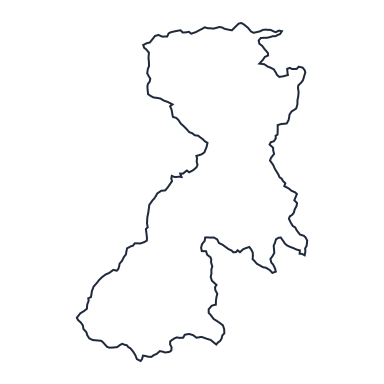 outline of Jacupiranga, São Paulo, Brazil
{"feature_id": "56859067B20022642204757", "entity_name": "Jacupiranga", "entity_type": "district", "adm_level": 2, "iso_a3": "BRA", "parent_name": "Brazil", "parent_adm1": "São Paulo", "projection": "orthographic", "projection_center": [-48.043, -24.779], "detail": "fine", "context": "isolated", "style": "outline", "palette": "slate", "viewbox_px": 384, "rotation_deg": 0, "n_neighbors": 0, "source": "geoboundaries", "source_scale": "gbopen_adm2", "svg_char_len": 4782}
<svg xmlns="http://www.w3.org/2000/svg" viewBox="0 0 384 384"><path d="M87.2,335.1L89.2,338.3L92.6,340.0L101.2,340.8L102.9,342.2L107.1,346.9L109.2,347.6L112.2,347.6L117.2,347.1L119.8,345.1L122.2,343.8L124.4,344.7L126.9,345.3L128.3,347.1L130.5,348.4L133.2,351.7L135.3,355.1L136.9,359.1L140.6,361.0L142.0,359.2L143.0,355.6L145.6,356.0L148.1,356.7L151.4,356.9L153.8,355.1L156.7,353.9L159.8,351.1L162.8,351.7L165.2,352.5L169.4,351.9L171.3,350.5L171.6,347.3L170.1,344.4L170.2,341.4L172.1,339.9L174.2,338.5L176.8,337.4L179.5,337.9L183.2,337.7L184.7,334.8L186.8,334.3L189.2,334.0L193.0,335.1L196.5,337.7L201.5,336.9L204.7,338.0L206.8,338.8L210.6,339.9L213.0,341.9L216.3,344.5L218.0,342.4L220.2,340.9L221.6,338.5L222.3,335.5L224.3,333.3L224.2,329.3L222.9,325.3L219.7,322.9L216.9,321.0L213.7,319.0L210.6,314.9L208.7,312.9L208.7,309.2L211.7,305.8L213.7,305.1L215.8,304.7L216.0,300.2L216.5,296.9L217.3,293.9L215.3,290.0L215.0,287.3L216.5,284.9L211.9,280.7L210.7,276.9L211.4,273.9L211.4,269.2L212.3,266.6L211.0,262.1L211.3,259.5L210.4,257.2L207.2,254.8L206.0,251.2L201.8,251.1L201.1,247.7L202.0,244.2L204.7,240.8L205.2,237.5L207.5,237.4L210.3,237.6L213.8,237.5L217.2,239.4L218.9,243.0L222.3,244.6L224.8,246.4L228.5,249.1L231.7,250.6L233.3,252.3L236.0,252.1L237.6,250.3L240.0,252.2L242.8,249.5L245.3,248.3L249.3,247.0L251.1,249.4L252.7,252.4L252.9,255.9L252.6,259.1L254.4,260.9L256.9,263.8L259.7,265.3L262.9,267.2L265.9,267.7L269.8,270.1L272.4,272.9L275.8,271.6L274.9,268.2L273.1,264.5L271.4,262.7L270.4,259.0L272.4,256.3L274.3,253.0L273.7,245.6L274.9,243.0L276.0,239.3L278.5,237.8L280.7,237.5L283.5,241.4L284.8,243.5L287.0,245.4L289.2,246.5L293.6,248.2L296.4,249.5L299.9,250.4L299.6,253.7L302.0,253.9L304.7,255.3L305.4,251.2L305.1,248.5L306.6,245.9L307.2,240.6L305.6,237.5L303.9,235.8L299.9,234.5L296.7,230.3L295.2,227.4L292.8,226.0L290.9,222.9L288.9,218.8L289.8,216.4L292.2,214.8L293.9,212.6L294.7,209.4L296.6,205.9L297.0,202.9L294.3,200.3L296.9,194.0L295.2,192.4L291.2,190.6L289.2,188.8L287.0,187.5L284.3,186.2L285.3,183.3L283.0,181.0L281.6,178.6L279.6,177.3L278.3,174.4L276.4,171.3L275.0,169.1L273.1,164.8L271.5,162.6L270.0,160.6L270.9,158.0L274.1,153.9L273.2,150.4L273.1,147.7L269.6,144.6L270.8,142.2L273.8,141.3L275.8,138.4L275.6,135.8L277.5,134.6L277.7,130.1L277.7,125.1L281.2,124.0L284.1,123.8L286.8,123.4L288.6,120.0L289.1,117.6L289.5,114.6L291.6,111.4L294.3,109.8L296.2,108.5L297.4,104.4L297.5,99.8L298.2,96.7L298.6,92.3L298.0,87.8L298.3,85.4L301.1,82.7L303.0,80.2L304.0,76.7L305.3,72.5L304.7,70.2L302.6,67.6L298.7,66.7L296.7,68.9L294.4,69.0L292.1,69.0L289.8,67.9L287.2,68.8L287.5,72.8L287.9,75.0L283.4,76.3L279.3,76.9L277.0,74.9L275.8,72.5L273.7,69.3L270.4,67.6L267.7,66.6L264.4,64.3L261.6,63.9L259.4,63.6L262.6,60.2L264.9,56.9L268.1,55.5L267.8,52.8L264.7,49.3L262.2,45.9L259.3,43.7L258.7,40.4L260.8,38.0L264.0,37.8L266.8,37.8L269.7,37.2L272.7,36.2L275.5,36.2L278.0,34.8L280.0,34.1L281.9,31.2L278.9,30.6L275.7,32.2L273.4,31.3L270.6,29.9L268.1,29.9L265.8,29.6L262.9,29.9L259.8,31.4L256.7,32.1L253.6,32.8L251.0,31.5L248.0,27.8L243.8,24.4L241.3,23.0L238.7,23.6L236.1,26.1L231.9,30.3L228.1,29.6L224.3,28.7L221.9,27.4L219.3,27.0L215.9,28.0L213.4,28.6L210.4,28.3L207.6,28.2L204.7,27.3L202.4,28.7L199.4,30.2L195.9,32.1L191.2,33.7L188.9,31.8L185.6,32.4L182.7,32.5L180.6,30.3L178.5,30.6L175.4,31.2L170.9,32.2L168.6,33.4L167.2,36.5L162.1,36.6L158.6,35.0L155.1,35.9L152.8,38.8L149.8,42.5L147.0,43.1L143.2,45.0L144.1,47.7L146.2,49.4L148.9,52.6L148.7,55.3L148.5,58.2L148.9,61.7L149.0,66.0L147.8,69.3L147.2,73.2L148.6,76.0L150.3,78.7L149.6,81.8L147.9,83.9L147.4,86.4L147.6,89.6L148.1,94.2L150.4,95.8L153.6,97.5L157.2,97.9L160.6,98.6L163.4,100.4L167.6,101.9L172.5,104.4L170.1,106.2L171.6,109.8L172.3,113.9L172.9,116.9L176.2,117.9L178.3,119.8L180.8,123.6L183.6,126.1L186.5,129.0L189.3,132.2L192.2,133.2L194.8,135.3L198.2,135.7L200.0,137.2L202.7,139.1L204.9,141.3L207.5,142.9L206.5,147.2L204.4,152.3L201.7,154.3L199.3,155.1L196.4,155.9L197.0,158.2L196.7,161.8L197.5,164.9L196.5,167.3L193.0,170.3L189.1,172.3L186.8,170.5L183.0,173.6L180.2,173.6L181.5,177.0L179.1,176.7L176.4,177.0L174.2,176.9L171.8,175.9L171.3,178.4L172.0,181.2L167.8,187.3L165.2,190.4L161.2,190.8L157.2,193.5L155.8,196.2L154.0,198.8L152.4,200.5L149.3,204.9L148.3,212.5L147.3,217.6L147.0,223.5L147.7,227.3L145.9,229.1L146.4,233.0L147.0,238.0L146.8,240.6L144.3,242.1L140.2,243.5L137.4,243.3L134.7,243.3L133.0,245.7L130.9,246.3L127.1,248.3L126.5,250.9L125.9,254.5L123.8,257.1L122.1,260.7L119.6,263.7L119.2,266.0L118.4,268.8L116.8,270.7L113.3,269.9L109.3,272.9L105.6,274.5L102.1,277.1L99.0,280.1L97.0,282.8L93.6,286.6L91.9,291.2L91.0,297.0L88.2,298.4L88.7,300.7L87.2,304.6L86.9,308.8L84.1,311.0L80.3,313.3L76.8,317.8L78.1,320.1L80.8,322.5L82.8,325.3L83.5,329.1L86.4,332.2L87.2,335.1Z" fill="none" stroke="#1e293b" stroke-width="2"/></svg>